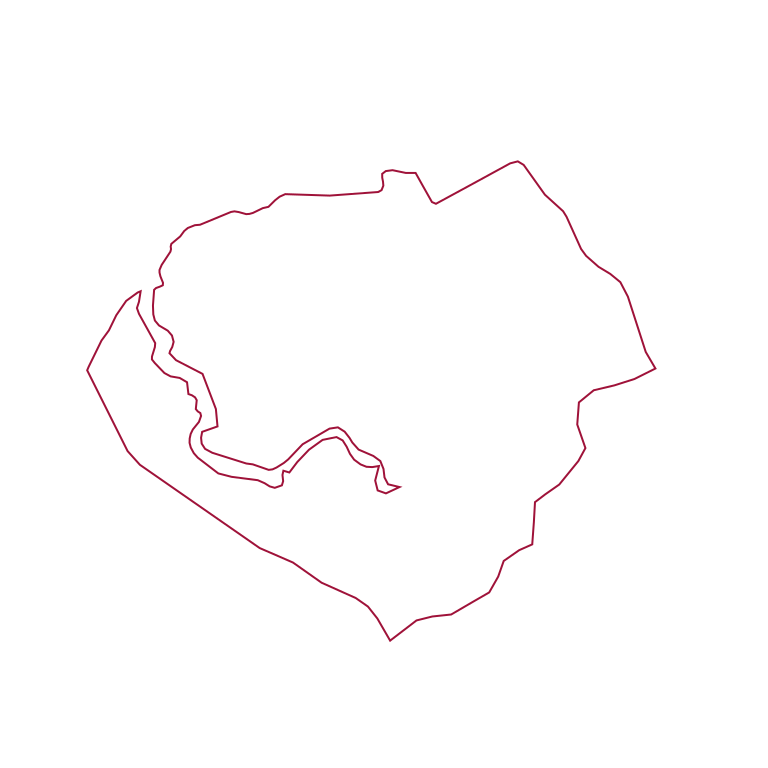 Sédhiou, Albers equal-area conic projection, rotated 60°
{"feature_id": "SEN-5514", "entity_name": "Sédhiou", "entity_type": "Region", "adm_level": 1, "iso_a3": "SEN", "parent_name": "Senegal", "parent_adm1": "", "projection": "albers", "projection_center": [-15.668, 12.909], "detail": "fine", "context": "isolated", "style": "outline", "palette": "rose", "viewbox_px": 768, "rotation_deg": 60, "n_neighbors": 0, "source": "natural_earth", "source_scale": "10m", "svg_char_len": 2457}
<svg xmlns="http://www.w3.org/2000/svg" viewBox="0 0 768 768"><g transform="rotate(60 384 384)"><path d="M609.3,507.0L583.7,507.0L568.7,509.2L555.2,515.5L524.9,537.4L493.1,552.1L465.4,572.6L463.9,573.7L331.9,635.8L313.9,639.6L223.7,634.2L221.3,631.0L205.1,606.9L200.0,595.4L190.6,581.5L183.1,565.7L181.6,551.6L182.0,548.4L190.3,555.1L194.7,560.0L200.7,561.1L234.2,561.7L237.5,564.0L244.2,571.2L246.7,572.7L251.3,572.0L264.7,568.7L270.7,565.0L276.6,557.9L284.0,553.7L294.9,558.4L297.7,556.0L301.1,554.3L304.4,554.3L311.6,559.5L314.6,559.0L317.3,557.6L320.2,558.4L324.3,563.2L327.8,572.3L330.6,576.4L334.0,579.5L337.7,581.8L342.4,583.1L348.8,583.3L354.7,582.1L378.6,572.2L388.2,562.4L404.2,541.4L410.2,537.0L415.5,534.2L419.3,530.5L420.7,523.1L417.7,519.9L412.0,517.4L408.8,514.5L413.3,510.2L408.2,498.1L403.4,481.8L401.7,465.1L406.2,451.7L412.2,448.0L419.7,447.7L427.5,448.4L434.6,447.7L441.9,444.5L446.9,440.6L450.1,435.7L452.5,429.4L463.2,439.9L473.0,442.7L479.7,437.0L481.0,422.1L472.9,430.6L465.2,430.3L457.3,426.9L448.9,425.7L441.0,429.2L428.1,438.8L418.8,440.7L413.5,440.8L405.6,441.9L398.5,445.6L395.4,453.5L395.5,484.6L401.4,504.7L402.3,510.2L402.6,518.9L402.2,523.2L400.7,526.8L388.0,537.8L384.0,543.0L357.7,567.1L350.7,571.4L344.5,571.7L339.1,569.3L334.5,565.4L337.5,549.4L321.6,542.1L284.5,536.1L259.4,552.2L250.1,554.4L248.4,552.7L246.1,548.9L242.3,545.1L236.0,543.4L229.7,544.6L220.8,549.6L214.5,550.7L208.4,549.0L200.6,544.9L187.5,536.0L186.9,533.4L187.6,529.6L187.9,526.2L185.9,524.8L179.0,523.8L175.3,522.7L173.0,521.4L169.7,517.0L162.6,502.8L160.7,501.0L158.3,500.0L156.3,498.1L154.3,486.7L151.6,480.5L150.8,475.9L151.9,468.4L154.1,463.7L158.5,430.5L159.7,427.2L162.5,423.8L168.0,418.4L169.4,415.5L170.3,412.0L171.1,401.0L172.8,395.5L170.4,386.3L169.6,380.7L170.2,374.6L193.7,336.8L214.8,293.1L214.9,289.2L211.9,285.4L208.3,283.7L204.5,282.4L201.1,280.5L200.5,276.0L203.1,269.7L212.1,259.6L217.0,251.1L230.9,251.3L250.4,251.5L253.9,248.9L254.9,210.7L255.1,202.4L256.0,164.4L258.1,156.8L264.1,153.5L300.5,150.0L323.9,142.5L330.4,142.3L365.6,145.8L374.1,144.9L389.8,139.6L401.8,133.0L414.0,128.4L430.3,129.1L487.1,141.3L506.3,141.2L504.9,164.6L500.4,185.1L494.3,205.5L497.4,224.4L515.7,236.9L540.2,241.6L547.9,254.2L558.7,282.5L560.2,299.7L561.8,312.3L578.6,323.3L597.0,335.8L595.5,350.0L597.1,368.8L607.9,381.4L617.1,397.1L617.1,415.9L617.2,441.1L609.5,458.4L605.0,474.1L609.3,507.0Z" fill="none" stroke="#9f1239" stroke-width="2"/></g></svg>